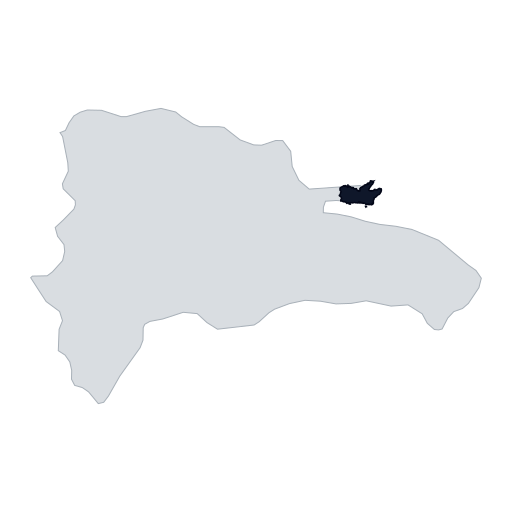 location of Santa Bárbara de Samaná, Samaná, Dominican Republic
{"feature_id": "3306468B43421780768425", "entity_name": "Santa Bárbara de Samaná", "entity_type": "district", "adm_level": 2, "iso_a3": "DOM", "parent_name": "Dominican Republic", "parent_adm1": "Samaná", "projection": "orthographic", "projection_center": [-69.295, 19.263], "detail": "fine", "context": "in_parent", "style": "filled", "palette": "ink", "viewbox_px": 512, "rotation_deg": 0, "n_neighbors": 0, "source": "geoboundaries", "source_scale": "gbopen_adm2", "svg_char_len": 6734}
<svg xmlns="http://www.w3.org/2000/svg" viewBox="0 0 512 512"><path d="M58.3,350.7L59.1,329.3L62.5,320.7L59.6,311.5L46.1,301.5L37.9,288.9L30.7,277.7L32.4,276.1L47.2,275.8L52.5,271.8L62.6,260.6L64.7,251.5L64.0,244.6L57.6,236.3L55.2,227.5L63.3,220.0L73.9,209.1L75.4,204.9L75.2,200.7L63.2,188.8L62.4,183.8L68.3,171.2L67.8,162.8L62.6,136.5L60.0,132.6L65.4,130.5L69.1,122.7L73.9,115.9L80.2,112.2L87.3,110.0L101.5,110.3L121.0,116.6L126.6,116.6L145.4,111.3L161.0,108.4L175.7,112.0L181.6,116.8L193.7,124.4L199.7,126.7L218.9,126.7L224.1,127.4L240.1,139.9L253.7,144.9L261.6,145.2L275.7,140.5L282.7,140.6L290.7,151.3L292.2,166.5L298.9,180.3L309.2,189.1L360.0,185.5L371.3,192.8L367.4,198.8L360.2,201.9L336.1,200.5L325.5,201.2L323.4,207.2L323.3,212.7L337.4,214.1L351.3,216.9L365.4,221.3L379.8,224.4L396.0,226.3L412.0,229.5L438.6,240.3L468.1,264.9L476.0,270.5L481.3,278.2L478.9,287.7L468.4,303.4L462.5,308.5L453.8,311.6L447.8,318.0L442.1,329.0L438.6,329.9L434.4,329.5L427.3,323.3L422.2,313.8L408.0,304.9L391.1,306.1L366.2,300.8L351.1,303.4L336.0,303.9L320.5,301.2L305.0,300.3L289.5,303.6L274.5,309.2L268.9,312.8L259.2,321.7L254.1,325.0L217.5,329.2L207.0,322.6L197.2,313.6L183.2,312.3L162.7,319.0L149.9,321.4L144.7,324.3L143.2,327.7L143.0,340.1L140.1,347.7L119.8,376.1L108.4,396.1L103.7,402.3L98.3,403.6L88.6,391.9L82.4,387.6L74.7,385.4L71.5,379.2L71.7,370.4L69.8,361.9L65.1,355.1L58.3,350.7Z" fill="#d9dde1" stroke="#a8b0b8" stroke-width="1"/><path d="M340.6,191.0L341.1,191.3L341.1,191.8L340.5,193.0L340.3,194.2L340.0,194.7L339.4,195.2L339.3,195.5L339.5,195.9L340.4,196.4L340.8,196.8L341.1,197.1L341.4,197.9L341.5,198.3L341.4,198.8L340.9,199.6L340.8,199.9L340.8,201.0L341.5,201.0L342.3,201.2L343.2,201.7L343.3,201.8L343.7,201.8L343.9,201.7L344.5,201.7L344.5,201.8L344.9,202.0L345.6,202.1L346.0,202.3L346.2,202.6L346.4,202.9L346.6,203.0L346.8,203.4L347.0,203.4L347.2,203.1L347.5,202.9L348.1,203.1L348.8,203.0L348.9,203.5L349.0,203.8L349.3,203.9L349.3,204.0L349.5,204.0L349.9,204.2L350.0,204.2L349.8,203.9L349.9,203.3L350.5,202.8L350.7,202.7L350.9,202.9L351.3,202.6L351.6,202.6L351.8,202.6L351.8,202.8L352.1,202.8L352.3,202.9L352.5,202.7L353.3,202.8L354.0,202.6L354.3,202.5L354.6,202.5L355.2,202.6L355.6,202.8L356.3,202.7L357.0,202.9L357.3,202.8L357.5,202.9L358.0,203.0L358.2,202.9L358.1,202.7L358.5,202.7L358.7,202.4L358.4,202.2L358.8,201.7L359.1,201.7L359.5,201.9L359.9,202.0L360.1,202.2L360.6,202.4L360.9,202.8L361.1,202.8L361.3,203.0L361.4,202.9L361.6,202.5L361.8,202.5L362.1,202.5L362.6,202.9L362.8,203.3L363.0,203.3L363.3,203.3L363.3,203.0L363.5,202.8L363.8,202.8L364.0,202.9L364.3,203.0L364.6,203.2L364.7,203.3L365.0,203.4L365.2,203.7L365.5,203.8L365.7,204.2L365.9,204.1L366.0,204.0L366.4,204.1L366.5,204.3L366.8,204.2L367.1,204.2L367.2,204.3L368.3,204.2L368.3,204.3L368.3,204.6L368.7,204.6L368.8,204.4L369.2,204.5L369.4,204.4L369.5,204.5L369.6,204.4L370.0,204.4L370.1,204.6L370.3,204.6L370.7,204.6L371.1,204.5L371.4,204.8L372.1,204.6L372.2,204.4L372.7,204.3L372.7,204.1L372.8,203.8L372.7,203.7L372.8,203.7L372.9,203.8L373.0,203.7L372.6,203.4L372.9,202.8L372.9,202.6L373.1,202.3L373.2,202.2L373.4,202.3L373.4,202.2L373.4,201.9L373.3,201.6L373.3,201.3L373.4,200.9L373.5,200.8L373.5,200.6L373.3,200.4L373.5,199.9L373.7,199.5L374.0,199.3L374.0,198.9L374.1,198.7L374.2,198.4L374.2,198.1L374.3,198.0L374.2,197.8L374.7,197.7L375.1,197.4L375.7,197.1L376.0,196.7L376.3,196.6L376.3,196.3L376.5,196.0L376.9,195.8L377.1,195.8L377.2,195.5L377.3,195.4L377.6,195.3L378.0,194.9L378.4,194.7L378.7,194.6L378.9,194.5L379.2,194.4L379.4,194.2L379.6,193.8L379.9,193.7L380.1,193.0L380.3,193.0L380.5,192.5L380.9,192.1L380.8,191.9L381.0,191.7L381.2,191.2L381.3,191.0L381.4,190.6L381.3,190.2L381.3,189.6L381.4,189.4L381.3,189.1L381.2,188.8L380.7,188.8L380.5,189.0L380.2,189.0L380.2,188.9L379.9,188.9L380.0,188.6L379.8,188.4L379.4,188.5L379.0,188.5L378.7,188.7L378.7,188.9L377.8,189.2L377.7,189.5L377.2,189.6L377.2,189.9L377.1,190.0L376.8,189.9L376.8,189.7L376.7,189.7L376.5,189.8L376.3,190.1L375.8,190.1L375.4,189.8L375.2,189.8L374.9,189.6L374.7,189.6L374.7,189.4L374.4,189.5L374.3,189.8L373.9,190.0L373.7,190.2L373.7,190.4L373.2,190.7L373.1,190.8L372.7,190.8L372.5,190.7L372.0,190.6L371.9,190.7L371.8,190.9L371.7,191.0L371.4,191.0L371.3,190.8L371.1,190.9L370.8,190.7L370.6,190.7L370.6,190.9L370.4,190.9L370.1,190.7L369.6,190.7L369.2,190.5L369.2,190.4L368.9,190.3L368.6,189.9L368.7,189.5L368.9,189.3L369.0,189.0L369.1,188.8L369.2,188.7L369.3,188.5L369.2,188.4L369.4,188.2L369.8,187.4L370.0,187.2L370.4,186.8L370.8,185.9L370.9,185.7L371.0,185.8L371.1,185.6L371.2,185.4L371.6,185.0L371.6,184.8L372.0,184.7L372.8,183.8L373.0,183.4L373.0,183.1L373.1,182.8L373.3,182.6L373.4,182.2L373.6,182.0L373.5,181.8L373.5,181.5L373.2,181.3L373.3,181.2L372.9,181.3L372.7,181.2L372.6,181.4L372.3,181.3L372.2,181.6L372.1,181.4L371.8,181.3L371.6,181.0L371.4,181.0L371.1,180.8L370.5,180.8L370.5,181.1L370.4,181.3L370.2,181.6L370.2,181.8L370.1,182.1L369.8,182.3L369.7,182.7L369.5,182.8L369.4,183.0L369.0,183.7L368.8,183.2L368.6,183.0L368.3,183.1L368.2,183.2L367.9,183.1L367.6,183.3L367.5,183.7L367.2,183.7L367.0,183.9L367.0,184.2L367.0,184.4L367.2,184.5L366.7,184.6L366.3,184.8L366.0,184.7L365.8,184.9L365.3,184.8L364.4,185.1L364.2,185.3L363.9,185.9L363.5,186.2L363.3,186.2L363.2,186.4L362.9,186.4L362.7,186.4L362.5,186.6L362.3,186.5L362.1,186.7L362.0,187.1L361.7,187.4L361.2,187.5L361.3,187.6L360.8,187.8L360.4,188.1L360.3,188.4L359.9,188.6L359.9,188.8L359.9,189.1L360.1,189.3L360.1,189.7L359.9,189.7L359.9,190.1L359.8,190.5L360.0,190.5L359.8,191.1L359.7,191.2L359.0,191.2L358.5,191.2L358.4,190.6L358.1,190.5L357.9,190.6L357.7,190.5L357.4,190.5L357.3,190.3L357.1,190.2L356.9,189.7L356.6,189.4L356.4,189.1L356.4,188.7L355.7,188.7L355.6,188.8L355.3,188.9L355.0,188.9L354.8,188.9L354.7,188.7L354.3,188.6L354.1,188.6L354.0,188.8L353.9,188.8L353.8,188.6L353.7,188.3L353.2,188.1L353.3,187.9L353.3,187.6L352.4,187.5L352.3,187.9L352.2,188.1L351.8,188.0L351.6,187.9L351.2,187.4L350.8,187.3L350.6,187.1L350.4,187.0L350.4,186.9L350.1,187.0L349.8,186.8L349.3,186.5L349.3,186.2L348.9,186.2L348.8,186.3L348.6,186.3L348.5,186.5L348.7,186.8L348.4,187.0L348.1,186.9L347.7,187.3L347.2,187.0L346.8,186.7L346.5,186.6L346.1,185.8L345.6,185.6L345.4,185.8L345.3,186.2L345.2,186.3L344.8,186.4L344.4,186.3L344.2,185.7L343.6,185.8L343.0,186.3L342.2,186.6L341.6,187.1L341.1,187.4L340.4,187.6L340.2,187.8L340.1,188.0L340.0,188.4L340.0,190.1L340.2,190.5L340.6,191.0ZM365.9,206.2L365.5,206.2L365.5,206.4L366.0,206.6L366.0,206.9L366.3,206.7L366.5,206.7L366.5,206.4L365.9,206.2ZM348.0,185.0L347.8,185.0L347.7,185.3L347.8,185.5L348.0,185.5L348.1,185.4L348.0,185.0ZM359.5,202.6L359.4,202.6L359.4,202.8L359.7,202.8L359.8,202.9L359.9,202.6L359.6,202.7L359.5,202.6Z" fill="#0f172a" stroke="#020617" stroke-width="1.5"/></svg>